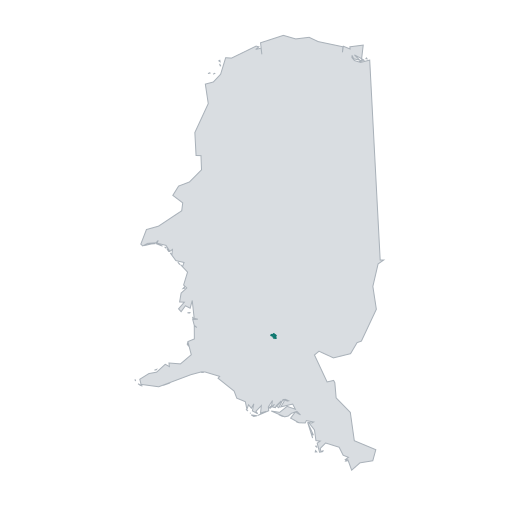 Nelson, Kentucky, United States of America shown in context, rotated 87°
{"feature_id": "52423323B13152502054342", "entity_name": "Nelson", "entity_type": "district", "adm_level": 2, "iso_a3": "USA", "parent_name": "United States of America", "parent_adm1": "Kentucky", "projection": "equal_earth", "projection_center": [-85.473, 37.757], "detail": "fine", "context": "in_parent", "style": "filled", "palette": "teal", "viewbox_px": 512, "rotation_deg": 87, "n_neighbors": 0, "source": "geoboundaries", "source_scale": "gbopen_adm2", "svg_char_len": 4514}
<svg xmlns="http://www.w3.org/2000/svg" viewBox="0 0 512 512"><g transform="rotate(87 256 256)"><path d="M417.1,170.0L445.6,167.5L455.7,146.5L466.6,150.1L468.0,163.0L474.9,171.7L464.3,174.9L463.9,177.3L461.9,174.2L459.5,179.4L451.3,183.0L446.4,196.3L451.6,202.0L454.8,201.3L453.8,198.8L454.9,199.9L455.3,202.8L446.1,204.7L444.2,201.6L443.5,205.8L432.8,206.7L425.0,212.1L425.7,209.0L424.8,207.1L423.0,214.3L425.3,215.6L424.8,221.8L419.7,229.9L413.8,224.9L417.0,219.9L413.2,223.3L415.0,228.9L417.5,232.2L418.1,235.8L411.6,248.9L413.4,240.6L407.8,232.8L411.1,224.7L405.8,227.1L408.0,239.2L402.7,235.6L401.0,235.9L402.5,232.2L402.3,231.0L400.7,234.0L400.7,236.5L408.7,241.2L407.0,243.4L403.4,239.2L402.0,238.4L406.6,243.6L408.5,244.6L407.5,247.7L405.0,245.3L408.9,250.0L408.0,250.6L406.1,248.2L401.2,247.1L407.4,251.6L411.2,251.4L415.4,262.8L411.7,254.0L413.0,259.7L405.7,258.5L411.1,264.2L413.6,262.6L410.5,267.7L403.5,265.9L407.8,268.6L404.2,271.2L408.6,273.1L400.9,274.3L397.0,282.6L389.8,284.9L376.1,300.3L374.3,298.6L369.2,312.8L368.8,316.3L371.1,327.2L381.5,360.0L378.2,377.5L373.0,378.5L367.8,369.1L366.8,361.3L359.4,352.3L361.9,348.3L358.3,348.5L359.8,337.1L351.2,325.8L337.9,328.5L335.6,321.9L322.6,321.3L324.3,318.8L322.0,321.3L316.1,322.5L316.1,317.4L315.0,321.0L297.1,322.0L304.7,324.5L302.0,329.1L307.7,333.7L304.7,336.1L298.4,330.0L297.9,334.7L289.1,332.7L284.3,326.8L281.2,329.8L268.5,325.2L260.8,331.7L262.7,329.9L258.7,328.2L256.4,336.3L248.4,341.5L250.3,339.9L245.1,339.1L246.8,341.8L240.7,345.3L238.0,354.2L235.3,352.8L237.6,355.2L237.7,363.5L240.0,368.6L238.1,370.4L223.8,364.0L221.1,351.8L206.9,327.8L199.1,326.4L191.1,335.9L182.1,329.6L178.6,318.6L167.1,305.9L152.9,305.7L152.5,310.6L129.5,310.6L101.3,295.7L81.7,297.6L80.0,289.5L72.6,281.8L56.4,275.9L57.1,270.1L46.4,244.9L47.3,242.2L49.7,245.5L48.7,240.1L54.9,239.6L43.3,240.3L37.1,217.1L41.3,205.0L40.4,191.5L45.1,182.8L51.6,158.3L57.1,159.0L51.1,157.8L54.2,151.2L52.0,151.3L51.0,137.9L64.5,140.2L60.3,147.2L65.8,142.2L64.2,148.1L60.6,149.6L62.9,149.8L66.0,147.4L68.2,141.4L66.3,132.2L266.5,132.2L266.7,128.7L270.3,134.5L292.5,140.9L315.5,138.6L346.5,155.2L347.8,159.6L358.5,166.7L361.8,184.0L354.4,198.1L357.9,202.8L385.5,191.6L384.3,185.0L386.7,183.9L401.9,183.4L417.1,170.0ZM436.2,209.7L440.8,209.0L424.7,213.2L437.9,208.0L436.2,209.7ZM66.1,137.9L67.2,141.6L66.9,142.2L65.0,139.4L66.1,137.9ZM239.8,367.2L238.1,359.8L238.4,355.7L238.5,360.0L239.8,367.2ZM465.4,175.3L465.5,177.4L464.7,176.9L465.4,175.3ZM284.4,328.9L284.7,330.6L283.3,329.2L284.4,328.9ZM62.2,282.3L64.2,281.4L64.3,281.7L62.2,282.3ZM60.1,281.7L59.2,282.9L58.7,281.9L60.1,281.7ZM450.4,205.0L449.2,206.3L448.8,206.0L450.4,205.0ZM239.6,351.9L238.4,355.2L241.3,348.8L239.6,351.9ZM378.5,349.1L380.4,355.6L378.1,348.5L378.5,349.1ZM71.5,287.6L72.2,289.3L71.4,287.7L71.5,287.6ZM379.0,378.5L377.4,380.5L380.0,376.2L379.0,378.5ZM416.1,266.7L414.4,269.1L415.6,263.3L416.1,266.7ZM64.9,134.8L64.7,135.9L64.0,135.4L64.9,134.8ZM246.8,343.1L244.0,344.6L246.9,342.6L246.8,343.1ZM454.8,205.6L454.8,207.1L453.4,206.7L454.8,205.6ZM70.9,292.3L71.3,294.4L70.6,292.5L70.9,292.3ZM243.2,345.9L242.1,346.7L243.1,345.4L243.2,345.9ZM417.4,238.3L415.7,241.5L417.7,237.1L417.4,238.3ZM259.9,333.1L258.0,334.4L260.7,332.2L259.9,333.1ZM369.6,314.4L369.3,317.1L369.1,315.2L369.6,314.4ZM409.2,273.5L408.6,274.0L410.4,272.1L409.2,273.5ZM342.7,327.9L340.5,329.3L339.6,329.0L342.7,327.9ZM315.2,322.0L314.8,322.5L313.5,322.4L315.2,322.0ZM364.4,361.5L364.7,363.4L364.0,361.2L364.4,361.5ZM309.5,325.7L309.1,327.4L309.0,324.4L309.5,325.7ZM374.0,383.1L372.8,383.3L374.5,382.7L374.0,383.1ZM424.4,222.9L423.6,224.5L424.6,222.3L424.4,222.9ZM413.0,269.6L412.2,270.2L413.0,269.6Z" fill="#d9dde1" stroke="#a8b0b8" stroke-width="1"/><path d="M339.2,241.2L339.1,240.4L338.0,240.6L337.4,240.8L337.1,240.6L336.8,240.4L336.6,240.2L336.2,240.5L336.3,240.6L336.1,240.9L335.8,241.1L335.9,241.3L335.7,241.5L335.3,241.9L335.1,242.1L334.7,242.1L334.6,242.3L334.7,242.5L335.0,242.7L335.1,242.9L335.3,243.1L335.4,243.3L335.5,243.3L335.6,243.2L335.7,243.3L335.7,243.7L335.7,243.9L335.8,243.8L335.9,244.0L335.7,244.1L335.8,244.3L335.6,244.4L335.7,244.6L335.5,244.8L335.7,245.0L336.0,245.1L336.1,244.8L336.1,244.7L336.3,244.7L336.9,243.4L337.2,242.9L337.4,242.8L337.5,242.8L337.4,242.6L337.6,242.7L337.6,242.4L337.8,242.3L338.0,242.3L337.9,242.2L338.0,241.9L338.2,241.7L338.3,241.8L338.5,241.7L338.4,241.5L338.6,241.5L338.8,241.7L338.8,241.4L338.8,241.2L339.0,241.3L339.2,241.2Z" fill="#14b8a6" stroke="#0f766e" stroke-width="1.5"/></g></svg>